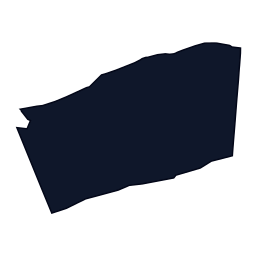 Nuevo Morelos, Tamaulipas, Mexico, rotated 271°
{"feature_id": "50627088B99419541520683", "entity_name": "Nuevo Morelos", "entity_type": "district", "adm_level": 2, "iso_a3": "MEX", "parent_name": "Mexico", "parent_adm1": "Tamaulipas", "projection": "robinson", "projection_center": [-99.189, 22.515], "detail": "fine", "context": "isolated", "style": "filled", "palette": "ink", "viewbox_px": 256, "rotation_deg": 271, "n_neighbors": 0, "source": "geoboundaries", "source_scale": "gbopen_adm2", "svg_char_len": 1095}
<svg xmlns="http://www.w3.org/2000/svg" viewBox="0 0 256 256"><g transform="rotate(271 128 128)"><path d="M106.1,233.0L116.0,233.6L132.9,234.7L157.6,236.2L178.5,237.6L188.2,238.1L190.0,238.2L192.3,238.4L204.7,239.1L207.0,239.1L209.9,239.1L210.8,230.5L211.9,228.9L212.4,227.8L214.4,215.2L214.4,212.9L214.2,204.3L214.1,203.6L214.1,203.0L214.0,202.5L213.9,202.3L211.3,193.7L210.4,191.3L206.8,181.5L204.5,175.9L203.5,174.1L202.9,172.3L202.4,168.3L202.8,164.1L201.8,156.3L199.0,146.5L198.9,144.6L197.7,141.2L197.2,140.3L196.6,139.6L196.4,139.3L193.2,133.3L185.5,114.8L181.6,104.0L180.6,100.6L168.4,88.7L168.3,88.2L167.6,85.8L158.0,65.8L153.2,54.7L148.9,42.2L148.2,36.7L144.9,20.0L144.2,20.8L142.9,21.2L134.9,27.7L133.8,30.4L125.4,27.1L126.4,16.9L65.4,43.0L41.6,53.3L46.7,67.9L48.2,70.8L52.1,78.3L55.2,84.5L56.4,86.7L57.2,89.5L59.2,96.6L62.0,106.3L65.8,119.4L65.9,119.6L67.4,122.9L67.6,123.4L69.3,127.2L70.7,130.2L72.4,143.3L73.7,149.5L76.1,161.1L78.7,173.6L78.9,174.6L81.7,176.7L81.9,177.4L89.3,201.0L96.3,211.8L102.1,232.8L106.1,233.0Z" fill="#0f172a" stroke="#020617" stroke-width="1.5"/></g></svg>